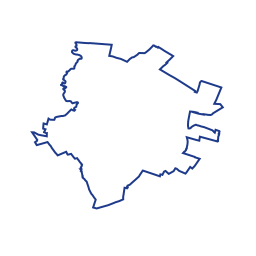 the district of Rēzekne, Rezekne, Latvia, rotated 19°
{"feature_id": "27541924B24417466951729", "entity_name": "Rēzekne", "entity_type": "district", "adm_level": 2, "iso_a3": "LVA", "parent_name": "Latvia", "parent_adm1": "Rezekne", "projection": "equal_earth", "projection_center": [27.335, 56.508], "detail": "fine", "context": "isolated", "style": "outline", "palette": "blue", "viewbox_px": 256, "rotation_deg": 19, "n_neighbors": 0, "source": "geoboundaries", "source_scale": "gbopen_adm2", "svg_char_len": 5568}
<svg xmlns="http://www.w3.org/2000/svg" viewBox="0 0 256 256"><g transform="rotate(19 128 128)"><path d="M120.9,214.5L124.5,214.3L132.7,208.6L134.3,207.5L138.8,203.7L140.1,202.5L143.6,199.9L146.7,197.0L145.8,194.6L145.6,193.1L144.2,185.6L144.8,185.5L146.8,185.3L147.1,184.5L146.8,184.3L146.3,183.7L146.7,183.4L146.4,182.6L148.2,181.0L149.5,178.6L150.0,177.7L152.0,174.2L153.2,172.0L154.2,170.2L154.3,169.4L154.6,168.1L155.7,163.9L155.9,163.4L173.9,163.3L173.7,161.3L174.7,161.1L175.8,161.1L176.3,157.5L176.5,157.3L177.4,156.4L181.5,158.1L185.2,153.9L185.9,150.7L187.4,150.7L190.3,151.9L197.2,152.4L197.7,151.1L199.5,144.6L202.0,145.4L203.5,142.0L205.8,133.8L200.8,133.9L200.6,133.6L200.1,133.6L193.8,133.7L188.2,133.8L188.9,132.1L189.2,131.8L189.4,131.7L189.7,130.9L190.0,130.1L189.8,129.8L189.8,128.9L190.1,128.9L190.2,127.9L189.9,127.2L189.9,126.7L189.7,126.1L189.7,125.0L189.3,123.1L188.9,121.6L188.6,120.9L188.0,119.7L187.6,119.1L186.6,117.6L196.1,117.1L199.5,116.8L198.8,112.8L216.9,111.6L216.8,110.9L217.3,110.8L216.9,109.7L216.6,108.3L216.1,106.6L216.2,105.9L216.3,105.8L216.3,105.1L216.2,103.9L215.6,103.9L215.7,101.8L215.7,101.5L215.4,101.2L211.4,101.2L211.6,103.8L211.6,104.2L210.8,103.9L209.7,103.2L208.4,102.7L199.8,102.4L196.6,102.7L195.2,102.7L193.8,102.7L193.0,102.9L191.1,102.8L189.8,103.9L189.0,104.8L188.2,105.7L187.6,106.7L187.2,107.7L186.8,108.1L186.1,108.5L185.3,108.7L184.0,106.4L182.8,102.4L182.1,98.0L181.3,92.2L184.6,91.4L187.1,91.1L186.4,91.7L190.0,91.5L195.2,90.7L195.0,90.3L199.5,89.5L201.9,88.8L203.0,87.8L203.7,86.3L210.9,77.6L207.5,75.4L201.7,77.0L202.3,72.7L203.1,59.3L182.3,59.6L181.8,60.1L181.5,60.8L181.2,61.8L181.5,63.3L181.8,70.5L181.7,70.7L181.5,72.1L179.4,72.1L179.4,71.1L158.9,66.2L155.2,65.4L150.0,64.5L139.1,62.2L141.4,57.7L142.3,56.6L143.9,53.7L143.1,53.5L143.5,52.7L145.0,50.0L147.3,45.3L146.1,45.0L137.3,43.2L134.3,42.4L130.3,41.5L130.1,42.3L127.9,41.8L127.7,42.1L125.5,41.5L124.9,41.8L124.5,42.9L122.6,46.9L120.4,50.5L119.5,51.6L119.4,51.8L114.6,53.3L113.9,53.7L113.1,55.5L110.4,59.1L109.5,59.6L108.9,59.9L107.3,62.1L105.6,65.7L98.7,65.0L94.4,65.4L90.2,65.3L86.8,65.9L85.8,56.7L85.5,54.6L66.7,59.5L63.7,60.3L63.3,60.6L59.4,61.7L51.0,63.8L50.5,64.3L50.9,65.0L51.8,65.6L52.2,66.0L52.5,66.6L52.6,67.0L52.1,67.4L51.8,68.0L51.9,68.4L52.3,68.7L53.6,69.2L54.1,69.6L54.4,70.1L54.5,70.7L54.3,71.2L53.7,71.7L53.2,72.0L52.2,72.2L51.1,72.2L50.6,72.4L50.2,72.8L50.1,73.4L50.1,73.9L50.3,74.4L51.0,74.9L51.9,75.3L52.6,75.5L53.7,75.5L55.0,75.4L56.0,75.1L56.9,75.0L57.9,74.9L59.6,75.1L59.9,75.2L60.6,75.7L61.1,76.1L61.3,76.7L61.5,77.2L61.4,77.6L60.7,78.0L59.8,78.2L58.5,80.1L58.4,80.8L58.7,81.4L58.7,81.8L57.7,84.0L57.7,85.6L57.6,86.4L57.5,86.8L57.2,87.1L57.3,87.5L57.5,88.0L57.8,88.7L57.8,89.1L57.6,89.5L56.7,89.9L55.5,90.3L55.0,90.5L54.4,91.3L54.1,92.1L53.6,93.0L53.4,93.4L53.2,93.9L52.9,94.2L52.5,94.5L51.9,94.4L51.6,94.9L51.8,95.6L52.5,96.1L52.4,97.0L52.1,97.7L51.7,98.3L51.4,98.4L51.0,99.1L50.6,100.1L50.6,100.8L50.9,101.4L51.0,102.0L50.7,102.8L50.9,103.2L51.8,103.4L52.8,103.8L53.5,104.1L53.7,104.3L53.9,104.7L54.0,105.7L53.8,106.3L53.6,106.5L53.1,106.7L52.4,106.5L51.9,106.2L51.4,106.2L51.2,106.4L51.2,106.9L51.3,107.4L51.2,108.0L51.1,108.5L51.0,108.8L50.7,109.0L50.8,109.2L52.0,109.1L52.6,109.1L53.0,109.2L53.2,109.6L53.6,109.8L53.9,109.9L54.3,109.8L54.6,109.6L54.6,109.1L55.2,109.1L55.7,109.2L56.2,109.3L56.3,109.5L56.2,109.9L55.9,110.4L55.2,111.3L54.6,111.8L54.1,112.1L54.2,112.4L54.5,112.6L55.7,112.9L56.1,113.3L56.3,113.6L56.4,114.1L56.5,114.5L55.9,116.8L55.9,117.4L56.0,117.8L56.3,118.4L57.7,120.0L58.0,120.4L59.2,121.3L59.7,121.7L60.0,122.1L60.4,122.4L60.9,122.5L61.3,122.5L61.9,122.4L63.7,121.6L64.9,121.4L65.2,121.4L65.4,121.5L65.7,121.6L66.3,122.2L67.2,122.6L67.5,122.7L67.8,122.5L68.3,122.1L71.3,120.2L71.6,120.1L71.9,120.2L72.2,120.2L72.5,120.4L72.5,120.7L72.5,121.0L71.9,122.2L71.8,122.5L71.8,122.8L71.8,123.0L72.0,123.5L72.1,124.0L72.1,124.7L71.8,125.3L70.9,126.1L70.7,126.5L70.7,127.1L70.9,127.6L71.5,128.1L72.0,128.2L71.7,129.1L70.8,129.2L70.1,129.2L68.4,128.9L67.9,129.7L67.6,130.4L66.5,132.7L65.6,134.6L64.4,136.6L62.3,138.0L61.2,138.3L57.0,140.7L55.8,141.7L55.7,141.9L55.7,142.1L55.7,144.1L55.6,144.3L51.9,145.4L51.6,145.5L49.8,145.0L50.1,151.0L46.7,151.2L46.8,151.7L47.3,153.7L48.0,156.2L50.4,156.1L50.2,157.9L50.0,158.5L50.0,159.3L51.7,159.4L52.7,159.6L52.9,159.6L53.0,159.5L53.9,162.3L47.8,163.2L46.0,163.4L45.5,163.5L40.5,162.7L38.7,163.3L46.1,168.8L46.1,169.8L44.7,171.7L47.3,173.9L56.5,167.5L59.3,169.4L61.0,170.3L62.1,171.4L67.4,175.1L68.5,175.6L70.4,176.8L71.9,175.5L72.3,175.1L77.3,170.6L79.1,172.4L79.5,172.7L79.8,172.8L82.6,171.0L84.3,172.1L85.9,173.2L87.8,174.3L89.7,173.1L91.6,174.5L92.1,174.7L92.4,175.0L93.9,176.1L94.8,176.5L96.2,177.4L96.0,177.7L96.3,178.0L96.5,178.1L96.6,178.3L96.6,178.7L96.6,178.8L96.5,179.1L96.5,179.4L96.6,179.5L96.5,180.2L96.3,180.3L96.2,180.5L96.3,180.7L96.5,181.0L97.0,181.5L96.6,181.7L96.7,181.9L96.5,182.3L97.1,182.6L97.4,182.8L97.3,183.0L97.0,183.0L97.5,183.4L97.4,183.5L97.5,183.6L97.6,183.8L97.9,183.8L98.0,183.9L97.9,184.1L98.0,184.2L97.9,184.3L98.3,184.5L98.6,184.6L98.8,185.3L99.0,185.5L99.5,186.3L99.7,186.7L100.0,187.1L100.1,187.3L100.2,187.6L100.6,187.9L100.5,188.2L100.6,188.5L100.9,188.6L100.9,188.9L101.0,189.0L101.2,189.6L101.7,189.7L101.8,189.9L102.2,190.1L102.4,190.2L102.7,190.2L103.5,190.5L104.0,190.9L104.1,191.0L105.4,191.8L105.9,191.9L106.3,192.1L106.7,192.6L107.6,193.8L109.7,196.5L110.6,197.8L111.1,198.6L112.8,200.3L114.8,202.2L116.3,203.0L118.2,204.5L120.3,205.9L120.8,206.3L120.9,214.5Z" fill="none" stroke="#1e3a8a" stroke-width="2"/></g></svg>